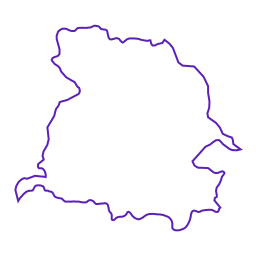 Mbaïki, Lobaye, Central African Republic (orthographic projection)
{"feature_id": "33826404B24481683700723", "entity_name": "Mbaïki", "entity_type": "district", "adm_level": 2, "iso_a3": "CAF", "parent_name": "Central African Republic", "parent_adm1": "Lobaye", "projection": "orthographic", "projection_center": [17.906, 4.007], "detail": "fine", "context": "isolated", "style": "outline", "palette": "violet", "viewbox_px": 256, "rotation_deg": 0, "n_neighbors": 0, "source": "geoboundaries", "source_scale": "gbopen_adm2", "svg_char_len": 5039}
<svg xmlns="http://www.w3.org/2000/svg" viewBox="0 0 256 256"><path d="M240.6,149.4L233.4,144.1L232.8,139.8L231.8,137.5L227.8,136.2L222.7,133.8L219.9,127.6L216.0,122.9L208.1,117.3L207.4,113.4L209.2,107.9L209.5,101.6L208.1,92.8L208.1,86.2L203.6,76.8L194.2,66.5L182.6,65.6L178.4,62.4L172.9,47.9L169.3,43.5L164.5,39.8L163.1,41.8L162.4,43.0L159.5,43.6L157.0,44.3L155.1,45.4L152.6,45.5L151.3,43.9L150.9,42.6L150.4,40.3L149.1,40.4L147.6,40.9L143.6,40.3L140.5,39.6L138.9,39.0L136.5,38.6L132.7,38.4L129.1,38.5L127.0,39.3L124.5,41.3L122.8,42.6L121.5,41.8L120.4,40.7L119.1,38.9L116.6,38.1L115.2,38.4L113.8,38.9L111.6,39.4L110.0,39.3L109.1,38.3L108.4,37.0L108.3,36.1L107.6,33.5L107.3,31.7L106.8,30.4L105.5,29.7L103.2,29.4L100.8,28.9L99.7,27.3L98.3,26.3L96.9,26.0L94.3,25.7L91.9,26.8L90.7,27.4L87.7,27.7L86.2,27.9L83.0,27.8L80.7,27.8L77.7,28.0L76.2,29.4L75.2,30.6L74.0,31.0L71.8,31.0L69.9,30.5L68.1,29.8L66.6,28.9L64.1,28.6L61.8,28.9L59.9,30.1L58.1,31.6L56.6,36.1L56.8,39.4L59.5,49.0L59.5,51.8L59.5,53.9L58.8,54.9L57.6,56.1L55.7,56.7L54.1,57.2L52.5,58.2L51.8,59.5L51.9,60.6L53.7,62.8L54.7,64.0L58.1,66.2L59.8,68.1L61.1,71.5L66.1,77.2L67.2,77.9L70.5,79.8L72.0,80.7L74.5,82.0L77.6,86.9L79.1,87.8L79.8,90.2L79.7,91.9L78.7,93.9L67.2,100.0L59.8,102.0L59.0,104.5L57.9,106.6L56.2,108.6L55.4,111.0L54.2,116.0L47.4,127.4L48.7,139.1L47.3,145.0L43.6,151.3L42.5,155.9L43.4,158.3L43.7,159.6L42.0,161.0L40.3,162.3L38.1,164.2L38.0,166.9L38.9,168.2L41.8,168.3L43.2,169.1L44.8,171.3L45.8,174.8L45.6,177.1L44.1,176.7L40.1,176.4L35.0,175.8L31.4,177.2L27.2,178.7L24.1,178.2L21.6,179.4L20.1,180.6L18.6,182.0L16.2,186.2L15.4,190.0L18.2,201.0L18.7,200.2L19.2,199.4L19.7,198.5L20.3,197.8L20.9,197.0L21.6,196.4L22.2,195.7L22.7,195.0L23.4,194.3L24.0,193.7L24.7,193.0L25.6,192.5L26.2,191.8L26.6,191.7L27.1,191.5L28.0,191.1L29.1,190.8L30.3,190.7L31.6,190.7L32.7,190.4L33.2,189.7L33.6,188.8L34.1,187.8L34.6,187.0L35.1,186.2L35.9,185.7L37.0,185.4L38.2,185.3L39.5,185.3L40.7,185.5L41.7,185.8L42.7,186.2L43.5,186.7L43.8,187.6L44.2,188.5L44.5,189.6L45.0,190.4L46.1,190.7L47.2,190.6L48.3,190.9L49.1,191.4L50.3,191.5L51.4,191.8L52.1,192.3L52.8,193.0L53.3,193.8L53.7,194.7L54.1,195.6L54.7,196.3L55.4,197.0L56.3,197.4L57.4,197.7L58.4,198.0L59.6,198.1L60.7,198.4L61.7,198.6L62.5,199.2L63.1,199.9L63.8,200.5L64.5,201.2L65.4,201.6L66.7,201.6L68.1,201.6L69.4,201.6L70.7,201.7L71.8,201.5L73.2,201.5L74.4,201.4L75.6,201.6L76.9,201.6L78.2,201.6L79.4,201.7L80.4,202.0L81.6,202.2L82.7,202.4L84.0,202.4L85.4,202.4L86.4,202.2L87.2,201.7L87.9,201.0L88.7,200.5L89.6,200.1L90.8,200.2L91.9,200.5L92.8,200.9L93.6,201.5L94.2,202.1L94.7,202.9L95.4,203.6L96.3,204.0L97.6,204.0L98.8,203.9L100.0,203.7L101.2,203.6L102.4,203.5L103.6,203.4L104.8,203.2L106.0,203.4L106.9,203.8L107.5,204.5L108.0,205.4L108.2,206.5L108.5,207.5L108.7,208.6L108.8,209.8L109.2,210.7L109.6,211.6L110.2,212.3L110.9,213.0L111.4,213.8L111.7,214.8L111.8,216.0L111.7,217.2L111.7,218.5L111.9,219.6L112.8,220.0L114.0,219.9L114.8,219.3L115.5,218.7L116.2,218.0L117.0,217.5L117.9,217.1L119.0,216.9L120.1,216.7L121.5,216.8L122.7,216.6L123.6,216.2L124.5,215.9L125.3,215.3L126.0,214.7L126.5,213.9L127.0,213.0L127.5,212.2L128.4,211.8L129.3,212.2L130.1,212.7L130.6,213.5L131.3,214.2L131.8,215.0L132.3,215.8L133.0,216.5L133.8,217.0L134.4,217.7L135.2,218.2L136.2,218.6L137.1,219.0L138.2,219.3L139.3,219.2L140.3,218.8L141.2,218.4L142.0,217.9L142.9,217.5L143.6,216.8L144.4,216.3L145.2,215.8L145.9,215.2L146.9,214.8L147.8,214.5L148.8,214.1L149.9,214.0L150.5,214.0L151.8,213.9L153.1,213.9L154.3,214.0L155.5,214.1L156.7,214.3L158.0,214.3L159.2,214.4L160.3,214.5L161.3,214.7L162.5,214.8L163.6,215.1L164.5,215.5L165.5,215.8L166.5,216.2L167.4,216.6L168.3,217.0L169.1,217.5L169.7,218.2L170.4,218.9L170.9,219.7L171.5,220.5L171.9,221.4L172.1,222.5L172.4,223.5L172.3,224.9L172.3,226.2L172.3,227.5L172.6,228.5L173.3,229.2L174.0,229.7L175.0,230.2L176.1,230.3L177.5,230.3L178.6,230.3L179.6,230.1L180.7,229.8L181.6,229.4L182.7,229.1L183.6,228.8L184.3,228.2L185.2,227.7L185.9,227.1L186.4,226.3L187.1,225.6L187.6,224.8L188.0,223.9L188.5,223.1L188.9,222.2L189.3,221.3L189.7,220.4L190.0,219.3L190.3,218.2L190.6,217.2L190.8,216.1L190.9,214.9L191.2,213.9L191.5,212.8L191.9,211.9L192.6,211.2L193.4,210.7L194.7,210.7L195.8,211.0L196.7,211.4L197.6,211.8L198.8,211.9L199.9,211.7L200.8,211.3L201.5,210.8L202.6,210.5L203.8,210.4L204.9,210.1L206.1,210.0L207.3,209.9L208.5,209.8L209.8,209.8L211.1,209.8L212.1,210.0L213.1,210.4L214.0,210.9L214.8,211.4L215.7,211.8L216.8,212.0L217.8,211.8L218.4,211.0L218.8,210.1L219.1,209.0L219.6,208.3L220.3,207.6L214.4,200.4L214.9,197.9L216.6,197.0L216.9,196.1L216.5,193.4L216.0,191.1L216.7,187.5L219.1,184.4L220.7,180.9L221.4,178.8L221.8,177.0L223.6,174.6L224.3,173.5L224.4,172.7L223.4,171.6L222.0,171.3L220.2,172.0L218.1,172.8L215.8,173.1L213.4,172.3L208.2,168.1L202.4,167.8L198.2,167.7L195.2,166.1L194.1,164.9L192.5,161.2L198.4,154.7L205.5,146.7L210.2,144.5L212.7,142.4L215.8,140.3L217.8,140.1L219.2,140.1L220.8,141.7L223.0,144.2L227.0,147.1L229.5,149.0L232.3,150.1L236.7,150.3L240.6,149.4Z" fill="none" stroke="#5b21b6" stroke-width="2"/></svg>